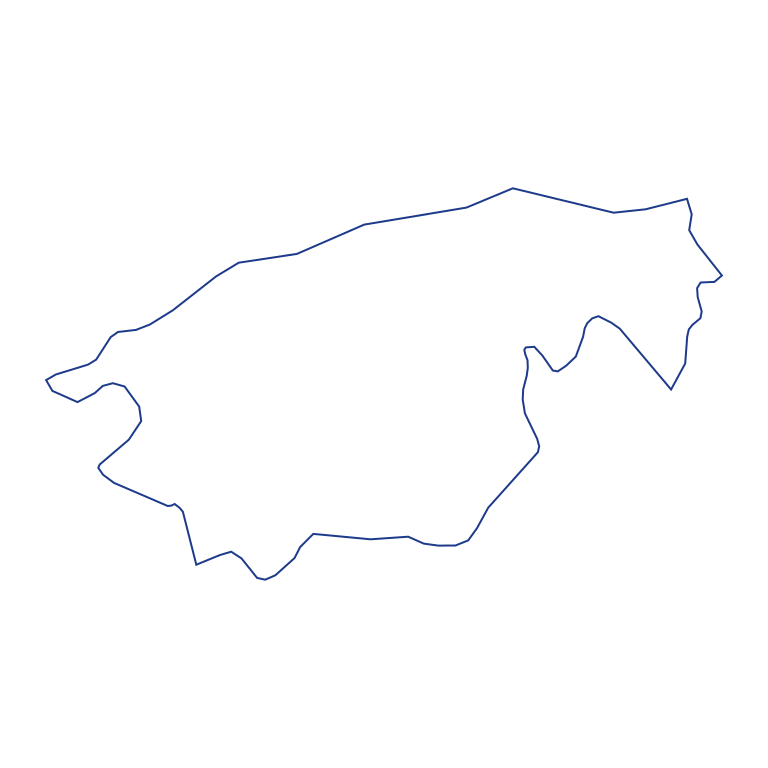 the Province of Ciudad de la Habana
{"feature_id": "CUB-1428", "entity_name": "Ciudad de la Habana", "entity_type": "Province", "adm_level": 1, "iso_a3": "CUB", "parent_name": "Cuba", "parent_adm1": "", "projection": "mercator", "projection_center": [-82.298, 23.071], "detail": "fine", "context": "isolated", "style": "outline", "palette": "blue", "viewbox_px": 768, "rotation_deg": 0, "n_neighbors": 0, "source": "natural_earth", "source_scale": "10m", "svg_char_len": 1257}
<svg xmlns="http://www.w3.org/2000/svg" viewBox="0 0 768 768"><path d="M46.1,380.1L55.8,374.5L88.1,364.6L96.2,359.6L110.7,337.1L117.9,332.0L136.0,329.9L149.9,324.5L172.8,310.3L216.1,276.4L238.7,262.7L296.9,253.9L364.2,224.6L466.4,207.6L512.8,188.3L613.6,212.7L645.6,209.3L687.0,198.8L691.7,214.3L689.2,230.2L697.4,244.5L721.9,275.5L714.4,281.9L700.6,282.5L697.1,288.2L697.7,297.1L701.7,311.4L700.4,318.2L692.4,324.9L688.8,329.4L687.2,336.6L685.2,363.5L671.1,389.5L619.8,328.7L611.3,322.7L598.4,316.2L592.3,318.3L587.3,323.1L584.7,328.3L583.1,336.7L575.8,356.6L566.3,365.6L557.8,371.4L552.8,370.5L542.4,355.6L534.3,346.8L525.9,347.4L524.3,349.7L525.2,354.1L527.5,360.2L527.8,367.9L526.7,375.9L523.2,389.3L522.7,399.5L524.9,413.3L537.2,438.9L539.2,446.4L537.9,452.2L488.2,507.7L477.0,528.2L468.2,540.4L455.5,545.5L438.2,545.6L423.7,543.6L408.2,536.7L370.6,539.3L313.3,533.9L300.2,547.0L294.5,558.1L275.3,575.3L265.2,579.7L257.1,577.9L241.5,558.4L231.2,551.7L220.0,555.0L196.3,564.7L182.9,511.8L179.7,507.9L174.6,504.0L171.4,505.6L167.7,506.0L114.0,482.9L103.1,474.8L98.3,467.9L99.7,464.5L128.8,439.7L141.2,421.1L139.2,406.6L124.6,386.5L112.9,383.2L102.8,385.9L94.9,393.0L77.5,402.1L52.4,390.9L46.1,380.1Z" fill="none" stroke="#1e3a8a" stroke-width="2"/></svg>